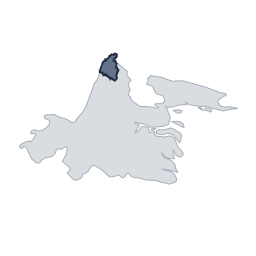 Sylhet, Sylhet, Bangladesh (highlighted), rotated 292°
{"feature_id": "16705992B47932115867008", "entity_name": "Sylhet", "entity_type": "district", "adm_level": 2, "iso_a3": "BGD", "parent_name": "Bangladesh", "parent_adm1": "Sylhet", "projection": "mercator", "projection_center": [91.877, 24.89], "detail": "fine", "context": "in_parent", "style": "filled", "palette": "slate", "viewbox_px": 256, "rotation_deg": 292, "n_neighbors": 0, "source": "geoboundaries", "source_scale": "gbopen_adm2", "svg_char_len": 7927}
<svg xmlns="http://www.w3.org/2000/svg" viewBox="0 0 256 256"><g transform="rotate(292 128 128)"><path d="M90.1,180.2L90.0,174.4L86.2,162.9L86.4,161.7L85.6,156.1L84.6,153.0L84.1,149.8L86.4,145.0L85.5,144.3L80.4,142.8L79.8,141.6L80.9,137.0L77.2,132.5L75.7,129.3L79.6,118.6L80.6,111.2L80.3,109.7L77.9,108.1L73.7,107.4L70.6,106.0L68.9,103.9L67.4,103.0L65.5,103.7L63.2,102.8L61.2,100.8L59.5,98.2L60.2,95.4L63.3,88.8L64.5,88.6L67.2,89.9L68.2,89.9L69.9,87.3L72.4,79.8L81.1,80.5L83.1,80.2L85.3,79.6L86.5,78.7L87.1,77.5L86.9,76.5L84.2,75.1L83.2,74.0L82.5,71.0L81.7,69.9L76.5,69.8L73.8,68.4L72.3,67.2L69.6,63.1L66.4,60.1L63.2,59.3L62.0,58.4L61.4,56.8L61.7,54.6L63.3,50.2L71.9,40.9L72.2,39.8L71.8,38.6L69.3,37.1L69.1,36.4L69.8,34.4L71.3,34.2L74.2,36.0L77.3,38.8L79.1,41.4L79.1,43.5L81.5,43.9L83.4,44.8L85.5,44.5L86.8,45.0L87.7,44.8L88.0,43.6L86.3,40.7L87.1,39.5L89.1,39.5L90.5,40.6L91.6,42.9L91.8,46.4L94.1,49.6L97.2,51.9L99.5,52.9L102.4,53.7L104.9,52.9L106.1,50.7L105.6,48.7L106.0,47.0L107.0,46.0L108.5,46.0L109.6,47.4L113.0,55.0L112.3,58.4L113.1,67.6L112.2,73.7L112.7,76.0L113.3,76.4L118.4,77.5L125.7,80.0L131.3,80.9L156.7,80.2L162.2,81.4L179.2,80.5L183.8,82.4L188.8,85.5L191.6,87.9L192.1,89.2L191.8,90.3L190.9,91.0L189.1,91.0L185.2,89.5L184.5,89.9L184.4,93.5L181.2,102.6L180.7,105.4L179.6,106.5L176.3,107.1L174.0,112.3L173.1,113.0L170.9,111.8L169.6,112.0L167.8,112.5L166.1,113.7L165.0,115.2L163.6,115.7L158.9,115.6L158.0,118.1L154.9,121.3L152.7,129.7L152.9,132.3L155.5,139.0L157.3,147.7L158.0,148.6L158.9,148.7L159.0,144.7L159.8,144.2L160.9,144.6L163.2,150.0L164.4,151.3L166.4,151.7L168.6,150.9L170.3,149.3L171.0,147.6L170.4,141.8L171.5,139.4L175.3,135.8L175.8,134.8L175.6,128.9L177.1,128.7L179.0,129.1L181.5,127.7L182.2,127.7L183.2,129.2L185.0,129.0L187.6,140.6L187.8,148.8L188.4,153.4L189.4,154.4L192.3,161.2L195.0,185.1L195.3,200.3L196.5,205.4L195.5,206.6L194.6,206.8L193.7,205.0L187.5,201.1L186.0,201.5L183.9,203.8L183.0,205.8L183.4,208.7L184.1,211.6L185.5,213.2L185.7,215.0L187.3,221.8L186.8,221.8L183.5,215.7L179.4,209.6L178.0,198.7L177.9,193.3L175.1,187.0L172.5,175.9L173.6,172.0L171.7,173.7L168.6,167.0L163.7,160.5L162.3,157.6L162.2,154.8L160.1,157.6L157.3,159.6L154.4,162.6L152.5,163.5L146.4,164.1L142.8,160.1L137.8,150.3L137.1,148.0L137.8,142.3L136.6,136.8L136.2,131.9L135.3,132.4L135.0,133.7L135.1,135.7L134.8,137.4L126.3,136.3L129.9,139.2L133.8,139.9L135.8,142.5L135.9,146.7L132.1,149.3L132.5,151.5L134.7,154.1L132.0,154.9L131.2,156.6L131.2,159.1L133.1,162.8L132.7,164.3L136.0,169.2L136.6,171.6L135.8,174.9L128.8,181.7L126.8,186.5L125.1,188.7L123.0,189.1L120.4,186.8L120.3,184.5L120.9,182.7L124.5,178.2L122.5,178.8L116.9,182.5L115.8,179.5L115.1,176.7L115.1,173.3L117.8,168.3L114.8,170.8L113.9,174.0L114.3,177.7L113.9,180.3L112.7,183.8L111.0,185.8L108.4,187.1L107.2,189.2L105.5,190.7L104.8,183.8L102.9,174.4L102.5,176.4L103.5,182.2L103.4,186.0L102.0,189.0L99.1,192.2L96.8,192.6L95.5,192.1L91.4,187.3L91.0,182.8L90.1,180.2ZM141.4,180.4L136.2,181.5L133.6,181.1L138.5,172.7L138.3,169.0L137.6,165.9L135.1,163.4L134.9,161.6L133.8,159.2L133.2,156.4L136.0,155.5L138.2,157.1L139.0,160.3L140.2,162.7L144.1,167.7L144.0,170.7L142.9,178.1L141.4,180.4ZM152.5,177.6L149.3,179.9L150.3,166.5L152.7,171.5L153.3,174.2L152.5,177.6ZM164.5,171.0L163.1,171.9L161.8,171.1L160.2,168.0L161.0,164.0L161.5,163.4L163.5,167.5L164.5,171.0ZM176.2,199.0L174.4,199.1L173.5,198.2L173.9,196.8L173.4,192.6L175.7,192.1L176.6,195.7L176.2,199.0ZM174.2,187.0L172.9,191.2L172.3,189.3L173.3,185.6L174.2,187.0ZM137.3,152.3L137.9,153.7L135.0,151.9L134.2,150.6L135.5,149.9L137.3,152.3Z" fill="#d9dde1" stroke="#a8b0b8" stroke-width="1"/><path d="M167.6,98.3L167.6,98.2L167.8,98.1L168.0,98.2L168.3,98.6L168.3,98.9L169.6,99.3L169.9,99.2L170.3,99.2L170.4,98.8L170.9,98.5L170.9,98.3L171.2,98.3L171.1,97.9L171.3,97.7L171.6,97.6L171.7,97.9L172.6,97.4L172.9,97.4L173.1,97.7L173.6,97.5L173.7,97.2L174.3,97.3L174.4,97.6L174.8,97.4L174.8,97.0L175.1,97.1L175.0,97.3L175.4,97.4L175.6,97.1L175.7,97.3L175.9,97.4L176.0,97.3L176.1,97.5L176.6,97.6L176.6,97.8L176.9,97.8L177.0,97.7L177.5,97.3L178.0,97.4L178.2,97.5L178.2,97.3L178.3,97.4L178.5,97.4L178.7,97.1L178.6,96.5L178.7,96.3L178.6,96.1L178.5,95.9L178.9,95.6L178.9,95.8L179.0,95.8L179.5,95.5L179.4,94.9L179.6,95.0L179.9,95.3L180.1,95.1L180.0,94.9L180.2,94.3L180.0,94.2L180.0,93.7L180.4,93.7L180.5,93.9L180.6,94.0L180.9,94.0L181.2,93.7L181.3,93.7L181.5,93.9L181.8,93.8L181.9,93.7L182.2,93.7L182.3,93.6L182.5,93.5L182.9,93.4L183.0,93.6L183.5,93.6L183.6,93.3L183.4,92.9L183.4,92.6L183.5,92.5L183.7,92.3L183.7,92.5L184.0,92.4L184.0,92.1L184.5,92.0L184.9,91.9L184.7,91.6L185.0,91.5L185.1,91.4L185.3,91.3L184.9,91.2L184.8,90.7L184.7,90.6L184.8,90.3L185.0,90.4L185.0,90.2L185.1,89.8L185.0,89.7L184.7,89.5L184.7,89.3L184.7,89.2L185.0,89.0L185.7,89.1L186.1,89.1L186.2,88.9L186.5,88.8L186.8,89.0L187.1,89.5L187.4,89.4L187.4,89.6L187.8,90.0L187.9,89.9L187.9,89.6L188.0,89.5L188.2,89.9L188.4,90.0L188.5,90.2L188.8,90.1L188.9,90.5L189.1,90.6L189.2,90.8L189.6,90.9L189.7,90.7L189.8,90.6L190.0,90.6L190.3,90.8L190.7,90.7L190.8,90.5L190.8,90.3L190.9,90.2L191.4,90.1L191.8,90.3L191.9,90.2L192.2,90.2L192.3,90.0L192.3,89.6L192.4,89.2L192.4,88.8L192.2,88.6L192.1,88.4L192.2,87.8L192.1,87.7L191.8,87.9L191.0,88.0L191.0,87.9L191.0,87.7L191.5,87.4L191.6,87.2L191.3,87.0L191.0,87.1L190.3,87.2L190.1,87.1L190.2,86.4L190.3,85.7L190.3,85.1L190.0,85.1L189.7,85.0L189.6,84.9L189.4,84.7L189.1,84.6L189.1,84.8L188.8,84.6L188.7,84.7L188.5,84.4L188.4,84.5L188.3,84.4L188.3,84.5L188.2,84.4L187.8,84.4L187.9,84.2L187.8,84.4L187.7,84.3L188.1,84.0L188.0,83.6L187.6,83.4L187.3,83.5L187.2,83.6L186.9,83.8L186.8,83.7L186.6,83.7L185.3,83.2L184.6,82.8L184.5,83.0L184.3,82.8L184.3,82.6L183.8,82.5L183.7,82.5L183.6,82.1L184.2,82.2L183.5,81.9L183.4,81.6L183.3,81.9L183.1,82.2L182.9,82.0L183.0,82.0L183.0,81.9L182.9,82.0L182.9,81.9L182.6,81.9L182.4,81.9L182.6,81.7L182.4,81.8L182.4,81.7L182.6,81.6L182.3,81.7L182.2,81.6L181.7,81.5L181.8,81.4L182.0,81.4L181.7,81.3L181.7,81.1L181.8,81.0L181.6,80.9L181.3,80.7L180.8,80.3L180.2,80.0L179.9,80.0L179.5,79.9L179.4,79.9L179.3,80.0L179.3,79.9L178.9,79.9L178.8,80.0L178.5,80.0L178.2,80.0L178.2,79.9L177.8,79.9L177.3,80.4L177.1,80.4L176.7,80.2L175.7,80.2L174.7,80.1L174.3,80.2L174.1,80.4L174.0,80.2L173.9,80.3L173.7,80.3L173.4,80.4L173.0,80.2L172.6,80.2L172.4,80.2L172.3,80.4L171.9,80.4L171.9,80.5L171.4,80.5L171.0,80.7L170.7,80.5L170.4,80.4L170.4,80.2L170.2,80.3L170.3,80.8L170.1,81.0L170.0,81.3L169.9,81.3L169.8,81.1L169.7,81.2L169.8,81.1L169.3,81.0L169.2,80.9L168.9,80.9L168.9,81.1L169.2,81.2L169.2,81.6L169.4,81.6L169.3,81.8L169.6,81.8L169.6,82.1L169.4,82.3L169.4,82.5L169.5,82.4L169.3,82.7L169.4,82.8L169.3,83.0L169.5,83.2L169.8,83.5L169.6,83.7L169.8,83.9L169.3,83.9L169.1,83.9L168.8,84.1L168.4,84.1L168.3,84.4L168.4,84.5L168.2,84.8L167.9,84.7L168.2,85.0L167.9,85.2L167.8,85.3L168.1,85.6L168.4,86.0L168.7,86.1L168.4,86.2L167.8,86.0L168.0,86.3L168.9,86.7L168.9,86.8L169.1,87.1L168.9,87.7L169.2,87.8L168.9,87.9L168.8,88.1L168.5,88.0L168.6,88.3L168.5,88.5L168.4,88.5L168.5,88.7L168.3,88.8L168.5,88.8L168.6,89.1L168.2,89.1L168.6,89.2L168.6,89.3L168.4,89.4L168.5,89.5L168.3,89.5L168.1,89.6L168.3,89.6L168.2,89.8L168.3,90.0L168.5,90.1L168.8,90.3L168.7,90.4L168.6,90.6L168.3,90.6L168.3,90.3L168.2,90.3L168.1,90.2L168.0,90.3L168.0,90.7L167.7,90.8L167.5,91.0L167.6,91.4L167.7,91.7L167.6,91.8L167.6,91.5L167.5,91.8L167.7,92.1L167.5,92.3L167.8,92.3L168.0,92.4L168.0,92.5L168.1,92.8L167.9,92.9L168.0,92.9L168.0,93.0L167.9,93.1L167.7,93.0L167.4,92.8L167.2,93.0L166.9,93.2L167.2,93.2L167.3,93.3L167.3,93.5L167.5,93.4L167.5,93.6L167.8,93.6L167.9,93.9L168.1,93.8L168.0,94.1L167.8,94.2L167.7,94.4L167.6,94.5L167.8,94.7L167.9,94.9L167.9,95.0L168.0,95.1L167.9,95.2L167.6,95.1L167.5,95.3L167.4,95.3L167.6,95.4L167.5,95.6L167.6,95.8L167.1,95.9L167.1,96.1L167.4,96.0L167.3,96.3L167.3,96.7L167.5,96.5L167.2,97.1L167.0,97.3L167.0,97.5L166.7,98.1L167.1,98.3L167.3,98.3L167.4,98.2L167.6,98.3Z" fill="#64748b" stroke="#1e293b" stroke-width="1.5"/></g></svg>